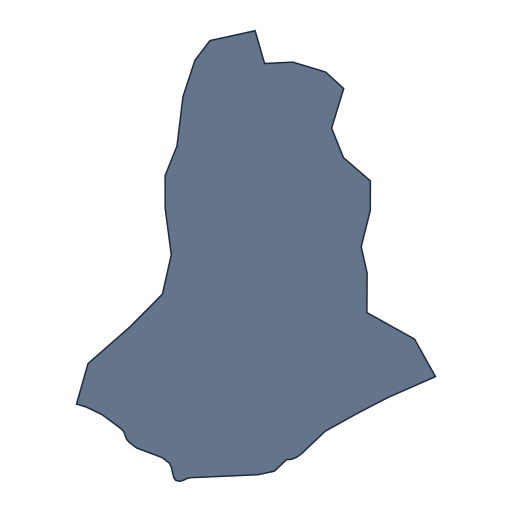 map outline of Androy (orthographic projection)
{"feature_id": "MDG-5864", "entity_name": "Androy", "entity_type": "Autonomous Province", "adm_level": 1, "iso_a3": "MDG", "parent_name": "Madagascar", "parent_adm1": "", "projection": "orthographic", "projection_center": [45.412, -24.742], "detail": "fine", "context": "isolated", "style": "filled", "palette": "slate", "viewbox_px": 512, "rotation_deg": 0, "n_neighbors": 0, "source": "natural_earth", "source_scale": "10m", "svg_char_len": 733}
<svg xmlns="http://www.w3.org/2000/svg" viewBox="0 0 512 512"><path d="M435.5,376.6L388.3,397.3L358.4,412.8L325.1,431.3L301.3,453.9L296.7,457.2L291.8,459.3L286.5,459.7L274.5,471.1L258.1,474.7L190.7,477.7L187.1,478.5L183.6,480.2L180.0,481.3L175.9,480.5L173.7,477.5L171.4,467.4L169.4,463.2L162.2,457.6L136.8,448.1L129.7,442.8L126.6,439.3L123.6,431.3L119.6,427.6L102.0,414.6L85.9,406.9L76.5,404.1L88.0,363.6L129.6,327.2L162.4,294.2L171.3,254.7L165.2,208.6L165.1,175.7L177.0,146.0L183.0,96.6L194.9,60.4L209.9,40.6L255.1,30.7L264.6,63.5L292.7,62.1L325.7,72.1L343.7,88.6L331.6,128.1L343.5,157.7L370.4,180.9L370.3,210.5L361.2,246.7L367.1,273.1L366.9,312.6L414.5,339.1L435.5,376.6Z" fill="#64748b" stroke="#1e293b" stroke-width="1.5"/></svg>